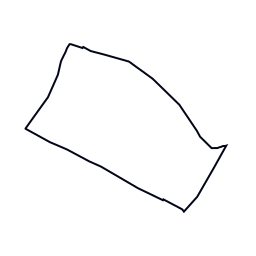 San Bartolomé Quialana, Oaxaca, Mexico, rotated 283°
{"feature_id": "50627088B34817087326537", "entity_name": "San Bartolomé Quialana", "entity_type": "district", "adm_level": 2, "iso_a3": "MEX", "parent_name": "Mexico", "parent_adm1": "Oaxaca", "projection": "mercator", "projection_center": [-96.492, 16.896], "detail": "fine", "context": "isolated", "style": "outline", "palette": "ink", "viewbox_px": 256, "rotation_deg": 283, "n_neighbors": 0, "source": "geoboundaries", "source_scale": "gbopen_adm2", "svg_char_len": 892}
<svg xmlns="http://www.w3.org/2000/svg" viewBox="0 0 256 256"><g transform="rotate(283 128 128)"><path d="M132.9,227.7L132.3,226.6L132.1,225.6L131.6,224.2L131.0,223.6L129.7,221.3L128.6,219.7L127.2,214.0L135.7,200.2L140.7,195.8L162.2,172.8L181.5,141.0L188.7,124.0L189.3,122.5L190.0,120.9L190.8,119.1L191.5,117.4L192.3,115.6L192.6,114.8L192.9,114.0L193.0,113.7L193.0,112.4L193.0,112.0L193.1,111.4L194.2,88.3L194.6,74.3L196.9,66.2L195.7,65.7L196.8,53.5L196.5,52.2L194.1,51.3L192.3,50.7L190.6,50.4L188.2,50.1L186.6,49.7L186.0,49.6L184.7,49.2L183.2,48.9L181.2,48.4L180.7,48.3L180.4,48.2L178.9,47.9L177.3,47.7L164.1,47.7L155.1,46.0L140.0,43.1L135.0,41.0L124.5,36.6L111.1,31.0L104.5,28.3L104.2,28.4L96.6,55.2L95.5,61.6L93.4,73.2L86.8,97.6L84.3,110.4L71.6,151.2L65.5,178.3L66.4,178.6L60.9,199.2L59.1,201.3L76.5,210.9L108.4,220.6L132.9,227.7Z" fill="none" stroke="#020617" stroke-width="2"/></g></svg>